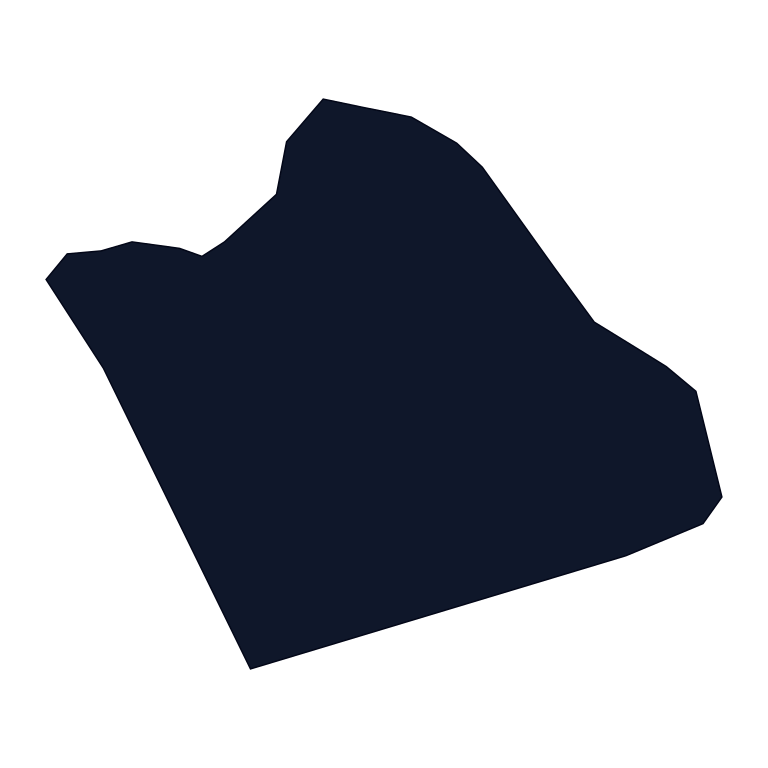 the district of Santana do São Francisco, Sergipe, Brazil
{"feature_id": "56859067B59793984348526", "entity_name": "Santana do São Francisco", "entity_type": "district", "adm_level": 2, "iso_a3": "BRA", "parent_name": "Brazil", "parent_adm1": "Sergipe", "projection": "robinson", "projection_center": [-36.636, -10.286], "detail": "fine", "context": "isolated", "style": "filled", "palette": "ink", "viewbox_px": 768, "rotation_deg": 0, "n_neighbors": 0, "source": "geoboundaries", "source_scale": "gbopen_adm2", "svg_char_len": 428}
<svg xmlns="http://www.w3.org/2000/svg" viewBox="0 0 768 768"><path d="M323.2,99.1L286.6,141.7L276.5,194.3L224.5,241.9L202.0,256.4L179.6,248.4L132.0,241.9L101.2,250.9L67.2,253.9L46.1,279.5L103.4,368.2L250.5,668.9L625.9,555.7L703.0,523.6L721.9,497.0L695.9,391.3L666.4,366.7L643.9,352.7L594.2,322.1L554.5,268.0L482.3,167.2L456.7,143.2L411.3,117.1L361.5,107.1L323.2,99.1Z" fill="#0f172a" stroke="#020617" stroke-width="1.5"/></svg>